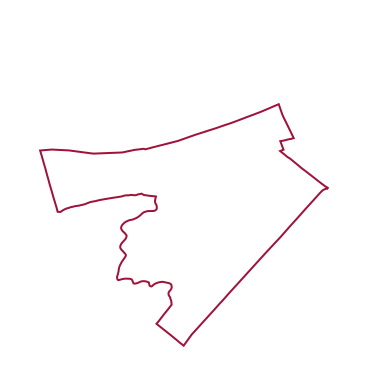 outline of Garcov, Romania, rotated 145°
{"feature_id": "2599482B23748012739102", "entity_name": "Garcov", "entity_type": "district", "adm_level": 2, "iso_a3": "ROU", "parent_name": "Romania", "parent_adm1": "", "projection": "robinson", "projection_center": [24.633, 43.762], "detail": "fine", "context": "isolated", "style": "outline", "palette": "rose", "viewbox_px": 384, "rotation_deg": 145, "n_neighbors": 0, "source": "geoboundaries", "source_scale": "gbopen_adm2", "svg_char_len": 3209}
<svg xmlns="http://www.w3.org/2000/svg" viewBox="0 0 384 384"><g transform="rotate(145 192 192)"><path d="M276.2,239.8L274.6,239.3L273.0,238.7L267.1,236.0L259.7,232.4L252.4,228.8L249.3,227.8L246.7,226.3L245.9,225.6L244.3,225.0L243.4,224.4L242.2,223.4L241.0,222.3L240.6,222.0L238.6,221.2L237.6,221.1L236.8,220.6L234.3,219.6L233.7,218.4L233.2,217.2L228.8,213.1L224.1,209.0L226.8,206.6L227.8,205.5L228.5,203.6L228.6,201.7L229.5,199.8L230.4,198.6L231.3,198.1L232.9,198.0L234.2,198.4L236.9,200.2L239.3,201.8L241.9,202.7L243.4,203.1L245.8,202.9L247.5,202.6L249.3,202.5L251.8,202.5L255.9,203.3L259.7,204.9L263.5,205.6L265.4,205.5L266.8,205.3L268.0,205.0L269.0,204.6L270.3,203.7L270.9,202.9L271.2,201.8L271.3,199.9L270.6,196.6L270.5,194.7L270.6,193.7L271.3,193.0L272.5,192.1L273.7,191.6L276.4,191.0L278.8,190.4L280.1,189.9L281.7,188.9L282.5,187.9L282.9,186.9L282.9,185.2L282.6,183.1L282.2,179.9L282.2,178.7L282.6,177.9L283.7,177.2L285.9,176.4L289.4,175.1L292.2,173.7L293.8,172.8L295.1,171.8L296.6,170.4L297.8,169.0L300.2,166.9L302.2,165.4L302.4,164.9L303.0,163.8L303.2,163.0L303.0,162.2L301.6,161.5L299.4,160.8L296.3,159.3L294.6,158.0L292.5,156.4L291.6,155.1L291.6,153.7L292.0,152.3L292.3,150.8L291.8,150.0L290.5,149.3L289.0,148.7L285.2,148.0L283.3,147.1L281.5,145.7L280.3,144.3L279.3,142.8L279.5,142.2L279.8,141.2L280.4,139.9L280.4,139.4L280.1,138.6L279.4,137.9L278.6,137.8L276.8,138.1L274.7,138.0L272.7,137.6L270.0,136.6L268.4,135.8L267.4,135.1L266.3,134.0L265.0,132.5L263.4,130.9L262.6,129.7L262.2,128.9L262.2,127.7L262.6,126.8L263.3,125.5L264.6,124.5L265.6,124.1L267.6,123.6L269.0,122.9L269.8,121.8L270.3,120.6L270.3,118.7L270.4,118.0L270.8,117.4L271.2,115.5L271.9,113.8L273.4,111.3L274.3,111.1L278.0,109.9L284.7,108.0L293.3,105.3L296.7,104.4L294.1,95.6L292.2,89.3L290.4,83.0L288.5,75.9L287.8,73.7L287.4,72.2L287.0,70.9L283.8,72.0L278.4,73.9L274.0,75.4L267.4,76.9L259.5,78.7L249.3,81.0L240.5,83.0L233.4,84.7L230.3,85.3L217.3,88.4L206.5,90.8L173.5,98.3L166.7,99.8L158.7,101.5L151.3,103.1L145.5,104.3L132.3,107.5L117.5,110.9L112.9,112.0L109.2,112.9L86.7,118.0L84.2,118.4L83.3,118.4L82.5,118.3L81.6,118.1L80.9,118.0L80.0,117.6L79.3,117.1L78.9,117.3L78.4,117.5L79.1,119.3L79.4,119.7L79.6,120.1L80.1,121.7L80.3,122.6L80.6,123.1L82.6,129.5L84.5,135.9L87.6,145.8L88.4,148.2L91.4,159.2L92.5,163.0L92.8,163.9L93.5,165.3L93.8,166.1L94.2,167.8L96.3,175.0L92.7,174.2L91.9,177.6L90.5,183.0L88.6,182.1L86.6,181.2L84.9,180.6L83.2,180.0L80.4,178.7L77.8,177.8L77.5,179.6L77.2,181.4L76.3,186.8L75.9,189.5L75.2,193.8L74.2,200.5L73.6,203.6L70.6,214.2L90.1,218.3L104.9,222.1L119.1,225.7L125.3,227.5L126.4,227.9L136.1,230.6L136.6,230.8L156.6,237.0L174.2,241.9L199.1,251.3L205.7,253.7L206.8,255.1L214.8,259.4L226.5,264.4L250.6,279.9L253.1,282.1L268.9,296.6L282.5,307.2L292.6,313.1L293.8,309.5L296.9,300.5L298.7,295.2L300.7,289.8L302.6,284.3L304.6,278.8L306.4,273.3L308.3,267.9L310.1,262.4L311.9,256.9L313.4,253.0L313.4,252.8L311.2,251.1L309.8,251.1L308.3,251.1L306.0,250.8L304.7,250.5L304.4,250.5L301.9,249.6L300.6,249.3L299.5,248.9L297.7,248.1L295.7,247.4L292.3,245.6L290.6,245.0L287.5,243.7L286.1,243.3L283.6,242.7L281.1,242.1L280.3,241.8L279.3,241.3L277.5,240.5L276.2,239.8Z" fill="none" stroke="#9f1239" stroke-width="2"/></g></svg>